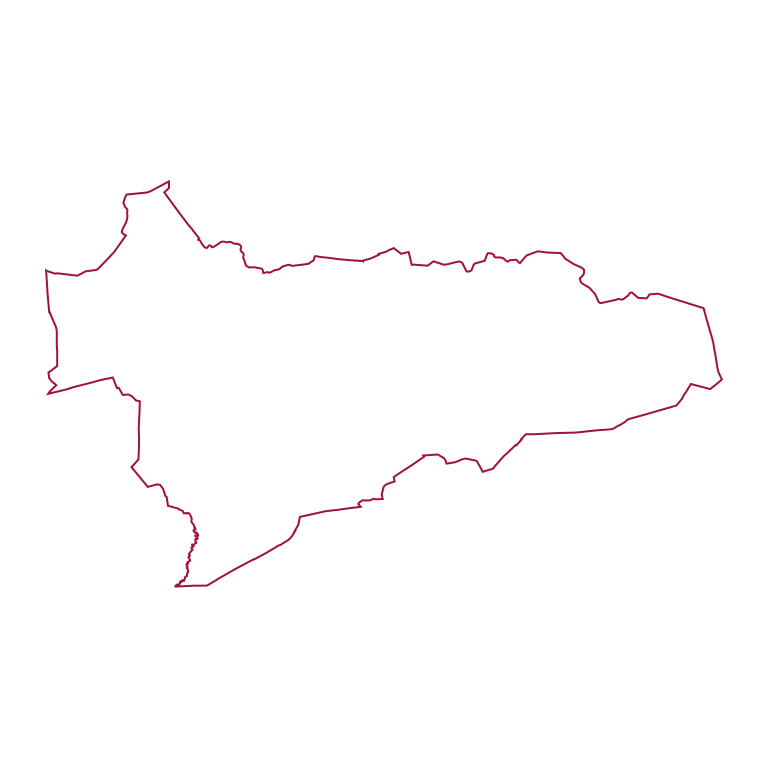 Stelpes pag., Vecumnieku, Latvia (orthographic projection)
{"feature_id": "27541924B70634924766209", "entity_name": "Stelpes pag.", "entity_type": "district", "adm_level": 2, "iso_a3": "LVA", "parent_name": "Latvia", "parent_adm1": "Vecumnieku", "projection": "orthographic", "projection_center": [24.499, 56.522], "detail": "fine", "context": "isolated", "style": "outline", "palette": "rose", "viewbox_px": 768, "rotation_deg": 0, "n_neighbors": 0, "source": "geoboundaries", "source_scale": "gbopen_adm2", "svg_char_len": 6057}
<svg xmlns="http://www.w3.org/2000/svg" viewBox="0 0 768 768"><path d="M710.2,389.1L717.2,383.5L721.9,379.5L718.5,372.3L717.5,368.5L715.1,353.2L714.3,349.3L713.3,343.0L712.2,338.5L706.5,319.0L703.6,308.2L666.0,296.4L658.3,293.7L649.6,294.4L646.7,298.4L638.1,297.8L632.0,292.6L630.9,292.5L629.9,292.9L628.1,295.6L623.2,299.2L622.1,299.6L621.0,299.5L618.6,298.9L617.9,299.0L616.5,299.7L603.3,302.6L600.8,303.1L600.0,302.9L598.8,302.2L595.1,294.1L590.4,288.8L589.1,287.6L581.9,283.3L581.5,282.9L580.8,281.8L579.9,279.3L579.8,278.6L580.4,277.8L582.6,275.7L583.4,274.7L583.8,273.7L584.2,270.9L583.8,269.4L581.4,267.6L573.5,264.0L565.0,258.5L563.4,256.2L560.8,253.1L546.9,252.5L537.7,251.3L526.5,255.5L520.0,263.0L519.1,262.7L516.3,259.7L512.3,260.1L510.0,260.1L507.9,261.6L506.8,261.3L503.2,258.2L500.1,257.4L495.7,257.5L494.5,256.9L494.1,256.0L494.0,255.0L491.5,253.4L487.9,253.2L487.2,254.2L484.6,260.8L475.0,263.5L473.8,264.5L471.7,269.8L471.4,270.3L470.0,271.2L469.2,271.5L467.8,271.6L466.9,271.5L466.2,270.8L462.3,262.9L459.9,261.6L458.5,261.5L446.9,264.4L443.7,264.7L433.5,261.3L427.6,265.7L413.1,264.6L411.7,264.8L408.7,252.1L408.4,252.0L401.1,253.8L393.8,248.1L387.6,250.7L386.8,251.5L378.6,253.9L378.9,254.8L370.2,258.7L363.5,260.4L363.3,261.1L363.0,260.7L361.5,261.0L360.1,260.8L359.4,261.0L358.1,260.6L356.6,260.7L338.6,259.2L328.4,257.8L320.6,257.0L315.3,256.1L314.7,256.8L313.8,259.6L313.5,260.4L312.7,261.0L311.0,262.0L308.8,263.6L307.6,264.0L292.2,265.9L289.4,264.8L286.2,265.3L282.5,266.6L279.1,269.2L278.2,269.3L277.3,269.9L274.8,270.1L270.0,272.6L269.4,272.6L267.1,272.1L264.4,272.9L263.1,272.8L263.1,271.7L262.6,269.8L262.3,269.3L261.6,268.7L254.9,267.3L248.6,267.3L246.3,265.7L245.8,265.0L244.6,261.2L244.0,259.5L243.2,258.2L243.3,257.0L243.7,255.1L243.3,253.6L242.4,252.4L241.1,251.3L240.5,249.9L240.6,249.1L241.2,247.9L241.2,247.0L240.8,245.9L240.3,245.4L238.8,244.3L237.2,243.7L235.3,243.9L233.8,243.5L231.6,242.4L229.9,241.9L227.0,242.3L223.2,241.6L221.9,241.7L220.9,242.1L216.7,245.0L213.1,247.1L212.3,247.3L211.6,247.1L211.4,246.3L210.7,245.7L210.3,245.5L209.3,245.4L208.8,245.6L207.2,247.7L206.9,247.9L206.0,247.9L204.4,247.1L201.4,243.2L200.5,241.3L199.8,240.4L198.2,239.7L199.2,238.4L193.0,230.5L191.8,228.7L191.3,228.4L189.6,226.1L189.3,226.1L179.2,212.8L164.3,192.4L169.0,188.0L168.9,181.4L152.3,190.3L148.6,192.0L146.9,192.5L126.5,194.6L125.2,197.2L123.5,202.4L123.4,203.1L124.0,204.1L124.8,206.6L127.1,209.1L127.3,209.7L127.3,210.7L127.1,212.6L127.4,215.4L127.2,218.5L126.0,222.5L124.6,225.4L123.2,227.8L122.3,230.1L121.8,232.0L121.8,232.4L122.0,232.7L123.9,234.4L125.9,235.4L114.4,251.7L110.2,256.3L97.8,269.1L96.0,270.0L85.7,271.3L77.4,275.7L57.5,273.3L55.4,273.7L46.6,270.9L46.1,270.5L47.4,289.8L47.3,290.7L49.2,312.2L49.9,312.4L49.9,312.7L50.2,313.7L55.7,326.4L56.5,329.1L56.8,331.3L56.8,343.1L56.9,349.4L57.2,349.6L57.2,365.8L57.1,366.1L52.7,369.4L51.9,370.2L48.5,372.4L49.1,378.0L51.8,381.5L55.7,384.6L56.3,385.2L49.9,391.3L48.2,393.8L66.1,389.5L73.9,387.0L87.9,383.5L101.3,379.9L107.7,378.5L108.0,378.6L112.8,377.5L117.0,388.2L118.7,387.8L122.8,394.9L128.4,394.5L132.0,396.3L135.9,400.4L139.8,401.3L139.6,409.8L138.7,428.8L139.1,438.8L138.9,449.2L138.4,459.4L135.3,463.0L131.5,467.1L147.8,486.9L156.2,484.6L157.7,484.4L160.1,484.9L163.2,489.0L165.4,496.1L166.6,496.8L168.0,505.8L178.3,508.6L179.4,509.6L181.7,510.4L182.8,511.1L183.3,512.5L183.7,513.1L184.1,513.2L185.6,513.2L186.2,513.5L186.7,513.1L187.1,513.4L187.4,513.1L188.2,513.0L189.3,513.6L190.3,515.1L190.7,516.3L191.0,516.6L191.7,518.5L191.4,521.7L192.5,523.4L193.8,524.9L194.1,525.7L194.1,526.7L194.3,527.0L194.8,527.3L195.3,528.7L195.6,529.2L195.3,529.6L194.2,529.4L193.6,530.1L193.6,530.9L193.7,531.2L194.3,531.6L194.9,532.7L195.1,532.8L195.5,532.5L196.6,532.5L196.9,532.8L197.2,533.6L198.0,534.5L198.2,534.9L198.1,535.3L197.8,535.8L195.7,535.3L195.3,535.5L195.2,535.9L195.3,536.1L196.8,536.6L197.3,537.3L197.3,537.7L197.6,538.6L197.5,538.9L196.6,539.1L195.7,538.8L195.5,539.0L195.4,540.7L195.5,541.6L195.7,541.9L196.2,542.2L196.2,542.8L196.1,543.0L195.5,543.1L194.1,544.4L193.0,544.6L192.1,544.6L192.0,545.1L192.7,545.8L193.4,545.9L193.6,546.1L193.6,546.3L191.7,547.4L191.4,547.9L191.8,548.8L192.3,549.1L192.5,549.8L192.3,550.1L191.4,551.0L191.0,551.6L190.6,551.7L189.8,552.7L189.6,553.2L189.1,553.7L189.0,554.1L189.1,554.5L189.8,555.1L189.8,555.4L189.4,556.1L189.4,556.6L189.3,556.8L188.7,556.9L188.5,557.2L188.6,557.6L188.9,557.9L189.9,559.7L190.1,560.7L187.6,562.1L187.6,562.5L188.1,562.9L188.0,563.6L187.6,563.9L186.8,563.9L186.5,564.5L186.6,565.5L187.6,566.4L187.3,567.5L186.7,568.0L187.2,568.8L187.8,569.2L188.2,570.6L187.8,571.2L188.1,572.1L187.5,573.1L187.1,573.5L187.0,574.3L187.0,575.7L186.9,576.1L185.7,576.5L185.3,576.8L185.1,577.6L185.0,578.5L184.4,579.7L184.1,580.8L183.9,580.9L183.1,580.8L183.1,580.1L181.8,580.6L182.0,581.2L182.0,581.5L181.7,581.7L181.4,581.9L180.9,581.6L180.2,581.6L179.9,581.9L180.1,583.0L179.8,583.2L179.6,584.2L179.2,584.6L178.5,584.7L177.5,584.4L176.5,584.9L175.7,585.8L175.4,586.4L175.7,586.6L193.2,585.7L207.0,585.6L220.5,577.5L234.6,569.4L253.4,559.4L253.8,559.6L266.6,552.7L278.4,545.6L280.5,544.9L288.8,539.6L290.7,537.7L291.8,536.3L295.0,531.3L294.6,531.3L298.3,524.7L299.9,516.9L325.7,511.2L339.0,509.7L344.8,508.8L360.7,506.8L358.4,504.2L358.4,503.6L359.2,502.6L362.2,500.4L368.9,500.5L370.9,500.1L373.3,498.8L376.0,499.3L382.7,499.0L381.7,494.6L383.7,486.7L385.1,485.2L387.4,483.9L394.6,481.5L393.7,477.1L400.6,472.4L411.6,465.3L424.1,456.7L423.3,455.5L437.8,454.5L444.2,458.3L445.7,460.8L446.4,463.5L446.8,463.6L455.3,462.2L462.6,459.2L465.6,458.5L476.4,460.8L476.9,461.2L482.8,471.8L493.1,468.6L494.6,466.7L494.6,466.4L494.8,466.3L503.8,456.1L508.9,451.5L515.7,445.0L516.3,445.4L521.7,439.4L521.2,439.0L525.8,434.3L532.9,434.2L532.9,434.3L555.5,433.1L575.2,432.6L599.2,430.1L608.6,429.5L612.1,429.0L613.4,428.7L618.3,425.6L620.1,425.0L624.7,422.1L627.7,419.6L629.3,418.9L643.9,414.9L676.4,405.5L681.9,398.9L684.0,394.8L686.6,391.1L690.9,384.0L710.2,389.1Z" fill="none" stroke="#9f1239" stroke-width="2"/></svg>